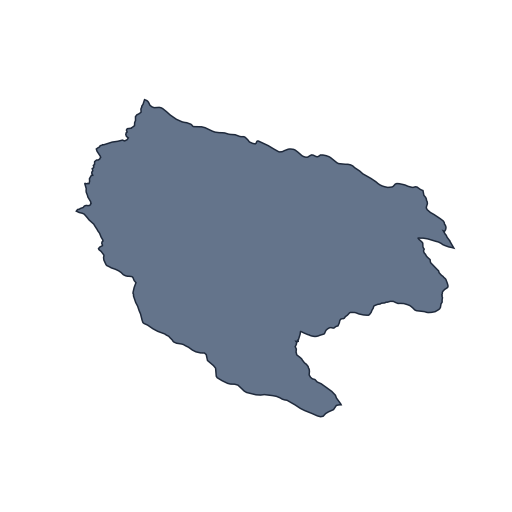 the district of Soatá, Boyacá, Colombia, rotated 294°
{"feature_id": "7082276B16806691942886", "entity_name": "Soatá", "entity_type": "district", "adm_level": 2, "iso_a3": "COL", "parent_name": "Colombia", "parent_adm1": "Boyacá", "projection": "equal_earth", "projection_center": [-72.688, 6.322], "detail": "fine", "context": "isolated", "style": "filled", "palette": "slate", "viewbox_px": 512, "rotation_deg": 294, "n_neighbors": 0, "source": "geoboundaries", "source_scale": "gbopen_adm2", "svg_char_len": 6054}
<svg xmlns="http://www.w3.org/2000/svg" viewBox="0 0 512 512"><g transform="rotate(294 256 256)"><path d="M353.5,90.6L348.6,91.1L346.4,90.7L345.6,91.1L344.4,91.0L343.4,91.1L340.8,92.5L339.0,91.7L337.6,90.7L336.7,89.8L334.3,89.2L330.8,90.8L328.5,90.9L325.6,92.0L323.1,90.6L322.5,90.1L322.1,90.2L320.0,86.7L318.9,86.4L318.2,86.5L317.3,87.5L316.6,87.8L316.0,87.3L314.1,87.6L312.7,88.8L312.1,90.4L312.0,91.3L310.4,91.1L309.6,90.8L307.7,89.2L307.6,88.7L307.6,86.9L304.6,83.1L301.6,78.3L295.7,71.7L295.3,70.6L294.8,70.4L293.4,68.8L291.8,68.6L291.0,67.9L288.8,66.6L287.1,68.1L283.8,73.2L282.9,74.0L281.8,73.7L281.1,73.8L279.4,72.7L278.9,71.4L278.6,71.2L276.6,70.2L273.8,71.3L273.0,70.7L272.4,70.6L271.8,71.3L271.1,71.7L269.9,71.4L269.3,70.8L267.5,72.2L266.7,72.2L266.1,71.9L264.9,72.2L263.8,73.6L263.3,74.0L262.8,72.8L258.9,72.4L256.6,73.6L254.2,74.0L254.0,73.7L253.8,72.6L253.5,72.5L253.1,71.9L252.8,70.3L252.4,70.2L248.5,73.5L246.6,74.2L245.3,74.9L242.6,77.6L241.5,78.4L238.4,82.8L236.8,84.0L236.4,83.7L235.5,83.9L234.3,83.2L233.6,81.9L233.2,80.4L232.3,79.3L231.6,78.8L230.0,78.4L227.9,76.1L227.0,75.7L225.9,74.1L223.9,73.6L223.8,76.7L224.4,79.9L224.4,81.8L224.2,82.4L222.2,86.7L221.1,88.7L219.1,94.9L218.1,96.2L215.4,100.4L214.8,101.0L213.2,103.8L210.2,106.9L208.6,109.2L207.5,110.1L206.1,109.6L204.6,110.1L203.7,111.2L203.0,111.5L200.7,109.7L198.7,109.1L197.9,110.0L197.2,112.7L195.0,116.6L194.3,117.0L192.5,117.4L190.4,118.7L187.1,122.5L186.6,123.5L186.5,126.7L186.3,128.6L186.7,133.0L186.6,136.5L186.1,139.4L185.0,142.3L184.9,143.5L184.9,145.1L185.2,146.7L186.0,148.7L186.6,150.7L186.6,151.6L186.2,152.4L184.0,154.7L182.8,157.2L177.7,157.5L173.1,158.4L171.9,158.8L171.3,159.6L169.6,160.4L164.6,165.0L162.0,168.3L158.5,171.5L156.1,174.1L151.1,178.0L149.2,179.8L148.8,181.2L148.8,185.0L147.6,191.4L147.2,196.9L147.7,204.3L147.3,206.2L147.2,208.9L146.4,210.6L145.1,213.9L144.4,214.8L144.0,215.9L144.0,218.9L145.3,223.6L145.6,225.6L145.3,228.5L145.2,231.5L144.2,236.1L144.0,240.0L144.9,244.7L146.4,248.4L145.7,250.6L140.8,254.2L138.6,261.7L137.1,264.7L130.0,268.6L129.0,270.1L128.3,275.7L128.1,281.8L128.6,284.7L130.2,288.6L130.7,292.0L127.8,300.2L127.5,302.9L129.2,312.4L130.8,316.7L132.8,320.0L135.2,327.9L136.1,331.7L136.2,335.8L135.9,338.1L136.2,340.7L136.8,342.9L135.9,352.1L134.8,358.6L134.6,363.4L134.9,371.1L134.9,377.1L135.4,380.3L136.9,382.5L140.4,383.7L143.1,385.6L147.2,389.3L152.2,390.2L153.7,392.3L154.7,394.3L155.3,393.6L159.0,387.2L161.1,385.2L163.1,380.3L165.8,367.5L165.8,363.1L167.0,360.4L167.1,359.8L166.8,358.0L166.8,357.1L167.4,355.1L169.0,352.9L172.2,351.8L173.8,350.9L174.5,350.3L175.0,349.5L176.3,348.5L177.7,345.8L177.7,345.1L178.3,343.3L179.2,341.8L179.5,341.0L180.5,339.7L181.0,338.4L182.2,333.7L182.5,333.2L184.0,332.2L184.2,331.8L187.4,330.7L189.1,328.7L191.8,328.8L192.3,328.5L193.5,328.5L194.3,327.2L194.8,328.7L195.2,329.3L195.6,329.1L195.7,328.5L196.0,328.3L196.9,328.8L202.5,328.1L205.0,327.4L205.3,327.6L205.2,331.3L205.3,336.0L205.6,336.5L205.4,337.7L205.6,339.4L206.2,341.9L206.9,343.5L208.3,345.4L209.5,346.5L212.0,349.4L212.8,350.1L216.1,350.1L216.9,350.3L218.5,351.0L220.4,352.4L221.1,353.6L221.5,355.7L221.9,356.5L224.0,357.6L225.5,359.3L228.8,359.3L231.1,358.8L232.3,359.0L233.0,359.3L233.8,360.2L234.3,361.3L235.2,362.0L236.9,362.3L239.2,363.6L242.2,364.6L242.9,365.3L244.5,369.0L244.8,370.5L244.9,373.5L245.9,378.2L247.1,381.6L247.7,382.9L248.7,383.5L251.3,384.1L253.7,384.0L256.0,384.3L257.9,384.0L258.8,384.4L261.3,386.8L262.6,388.9L263.9,389.8L265.5,392.7L266.7,393.6L267.3,394.9L269.2,397.1L270.4,399.9L270.3,402.5L270.4,405.0L271.5,407.3L272.7,410.4L273.2,414.5L273.3,416.6L273.1,417.7L272.4,420.2L271.3,423.0L271.3,424.8L273.7,432.5L274.0,435.1L274.4,436.4L275.8,439.1L278.0,442.3L281.2,444.6L282.4,445.2L284.0,445.4L287.5,444.5L289.6,444.8L291.5,443.9L293.8,443.3L295.0,442.2L295.5,442.2L296.1,441.5L297.2,441.6L298.6,441.0L299.8,441.1L302.1,441.9L304.9,443.7L305.9,443.9L307.2,443.3L309.1,441.7L311.9,438.9L312.4,437.8L312.8,436.3L313.4,435.2L313.8,433.3L314.7,431.2L315.2,430.1L316.8,428.7L317.0,427.9L320.9,418.3L321.7,417.6L323.5,416.5L324.6,413.1L325.3,411.6L326.5,410.1L327.1,408.6L328.3,407.3L329.5,406.8L330.5,406.9L331.0,406.5L331.4,405.7L332.2,404.8L335.6,403.1L336.4,401.6L337.5,398.0L338.2,396.9L338.7,397.4L339.2,398.9L340.3,401.4L341.5,405.9L342.6,414.7L343.0,416.9L342.8,420.3L342.4,421.7L342.4,424.3L342.7,428.4L343.4,431.5L343.7,433.5L348.2,427.3L348.5,427.2L350.8,423.0L352.4,421.2L352.9,420.0L355.1,417.0L355.1,418.2L357.1,418.5L359.0,418.1L360.3,417.3L361.3,416.2L361.7,415.3L363.2,414.3L364.2,412.7L365.0,409.3L366.3,401.7L366.7,397.6L367.9,393.6L369.2,392.0L370.7,391.6L373.5,391.3L375.1,390.4L376.3,389.0L377.3,388.5L378.5,387.2L379.7,384.7L383.7,381.9L383.6,380.7L383.7,378.7L384.5,375.1L384.1,373.5L382.7,371.8L382.2,370.8L381.5,366.5L381.5,363.5L381.1,361.1L380.3,357.4L379.5,355.2L378.4,354.0L375.6,353.1L374.8,352.6L374.1,351.8L372.9,349.7L372.2,348.4L371.6,345.3L371.3,342.8L371.4,340.1L371.8,337.9L372.5,335.7L373.6,329.6L374.5,320.2L375.8,316.2L376.8,310.2L377.6,307.9L377.7,306.4L377.7,305.2L377.2,302.8L376.1,300.2L374.0,293.8L374.1,292.0L376.2,284.1L376.4,282.3L376.2,279.3L375.5,276.2L374.5,273.8L372.8,272.8L372.0,272.2L371.5,271.5L371.3,270.3L371.4,267.3L371.0,265.7L369.9,264.7L367.5,263.1L367.0,262.5L366.4,260.9L366.2,259.1L366.3,257.3L367.9,252.1L368.7,248.7L368.7,247.0L367.8,244.0L367.4,243.1L366.6,241.9L363.6,238.9L362.3,237.9L361.7,237.1L360.6,235.1L360.5,234.0L361.0,228.7L361.8,222.3L362.0,211.5L361.8,210.8L361.1,210.2L359.0,210.2L358.1,209.7L357.5,207.2L357.5,203.6L358.8,201.2L359.7,198.8L360.1,197.4L360.0,196.2L358.9,193.7L358.6,192.4L358.3,187.6L356.5,182.7L356.1,181.0L355.7,177.4L354.9,175.1L353.7,172.2L352.5,168.2L352.3,165.3L352.5,157.3L351.9,153.8L348.8,146.3L348.9,145.2L349.6,144.0L349.9,142.8L349.6,138.5L349.0,136.5L348.5,134.1L348.5,127.7L349.9,120.3L351.3,116.0L352.7,110.8L352.8,109.0L352.4,107.1L350.1,102.7L349.9,100.6L350.5,97.9L352.7,95.3L353.3,94.1L353.6,93.0L353.5,90.6Z" fill="#64748b" stroke="#1e293b" stroke-width="1.5"/></g></svg>